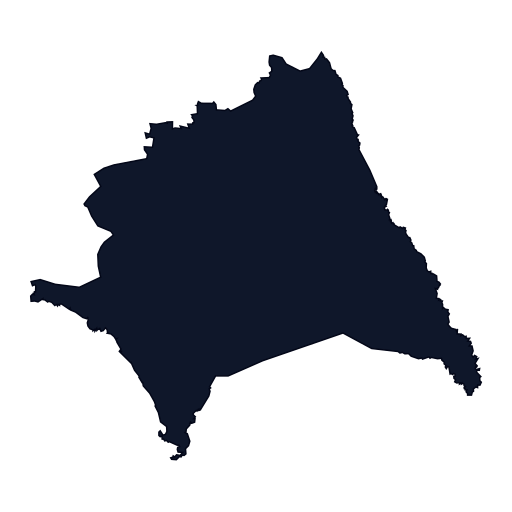 the district of Lanao del Sur, Lanao del Sur, Philippines
{"feature_id": "2640588B65127685102762", "entity_name": "Lanao del Sur", "entity_type": "district", "adm_level": 2, "iso_a3": "PHL", "parent_name": "Philippines", "parent_adm1": "Lanao del Sur", "projection": "natural_earth1", "projection_center": [124.133, 7.782], "detail": "fine", "context": "isolated", "style": "filled", "palette": "ink", "viewbox_px": 512, "rotation_deg": 0, "n_neighbors": 0, "source": "geoboundaries", "source_scale": "gbopen_adm2", "svg_char_len": 6023}
<svg xmlns="http://www.w3.org/2000/svg" viewBox="0 0 512 512"><path d="M329.5,62.7L326.5,58.9L324.9,59.0L324.6,57.2L322.8,57.0L323.5,55.4L321.4,52.3L317.4,58.8L309.6,68.6L300.1,71.1L286.1,64.0L282.0,57.7L273.2,55.2L269.7,56.0L269.1,62.0L269.6,65.2L271.6,67.5L271.8,71.3L269.4,72.9L270.5,75.2L269.3,77.6L261.0,78.0L261.6,79.1L261.1,80.5L259.6,81.1L259.0,83.0L257.6,82.6L255.3,84.9L253.8,89.3L254.1,92.5L255.7,96.1L252.6,100.2L230.6,111.1L227.9,108.7L225.0,110.5L216.4,109.9L215.9,104.6L213.8,102.0L212.6,103.4L201.3,103.3L198.4,101.6L197.6,103.7L197.9,105.1L196.5,105.4L197.2,105.8L197.5,113.7L191.6,114.7L192.5,115.8L192.0,117.5L193.8,119.8L194.1,122.6L192.7,122.9L192.6,124.2L187.8,124.1L189.3,128.3L180.2,126.1L181.3,128.6L175.0,128.0L172.4,128.9L172.5,121.8L167.0,122.0L167.2,123.2L165.6,122.7L156.5,124.3L150.0,123.7L151.2,128.4L149.6,134.2L145.2,132.9L146.4,138.2L149.7,136.8L154.0,137.9L152.5,147.3L144.3,146.8L144.5,149.8L147.6,154.3L146.7,158.7L114.1,164.9L104.0,168.2L94.3,174.4L100.8,186.4L89.5,196.9L84.1,204.0L85.0,205.7L87.8,207.0L91.7,216.1L97.9,225.9L110.9,231.3L113.5,235.0L104.4,242.2L101.1,246.8L97.8,254.4L98.3,266.1L100.7,277.2L79.3,287.3L55.2,284.3L40.2,279.6L31.1,281.6L32.5,285.7L35.1,284.6L35.8,286.5L35.5,291.9L34.4,291.8L34.2,293.3L33.5,293.4L34.2,294.7L32.4,294.3L30.7,296.1L31.1,301.3L34.7,301.0L38.0,301.9L42.9,298.6L42.9,299.6L44.9,299.9L47.7,302.0L48.8,301.3L51.8,302.3L54.8,305.5L56.3,304.4L57.5,305.9L57.9,304.5L59.5,305.3L59.4,304.3L61.4,303.9L69.4,309.3L70.1,308.1L70.6,310.0L75.6,312.1L82.9,317.5L86.6,318.7L88.2,316.9L87.4,318.2L88.3,319.7L87.3,322.9L88.0,326.1L90.0,328.8L93.0,329.9L93.0,330.7L94.7,329.4L94.9,331.1L96.7,328.4L96.9,330.4L97.9,329.3L99.3,329.3L99.5,327.6L101.0,331.3L103.2,330.6L105.4,327.9L107.1,329.6L107.5,332.3L108.4,331.6L107.2,333.2L110.9,333.9L114.0,336.5L115.6,339.0L116.7,338.7L115.9,339.6L117.1,342.1L118.1,341.9L117.1,342.5L121.0,349.1L119.6,351.0L122.2,351.4L120.0,352.1L130.7,362.7L130.7,361.5L134.6,370.3L139.2,376.1L138.9,377.2L142.5,383.2L142.0,382.3L142.7,382.4L143.3,385.9L149.7,393.2L154.4,401.6L155.7,405.3L155.1,406.0L158.4,412.5L160.6,421.9L166.6,426.5L166.9,431.4L165.5,434.3L163.0,435.2L160.2,430.8L158.9,432.1L158.9,435.5L160.2,436.7L161.9,436.1L162.2,439.1L163.7,439.1L164.7,440.9L166.5,440.4L168.2,442.2L169.5,441.7L177.2,445.2L179.0,445.2L179.6,446.6L177.7,447.4L177.3,449.4L178.1,452.1L182.8,452.4L180.1,455.4L176.6,454.8L174.7,457.0L173.2,455.9L172.8,457.2L170.7,457.8L171.6,459.3L176.3,459.7L179.4,456.6L181.1,456.9L182.2,455.2L184.1,455.4L185.9,453.9L185.5,448.7L188.5,445.7L189.8,441.2L187.3,433.7L185.0,432.5L186.0,431.7L186.3,428.9L189.7,425.2L190.5,421.9L191.2,422.4L190.4,423.0L191.6,423.3L194.6,422.2L195.0,418.7L193.7,418.7L195.3,416.8L193.2,414.7L193.2,413.4L196.2,410.4L197.0,411.1L198.2,409.4L198.8,410.5L200.3,409.9L200.2,408.9L200.8,409.1L208.8,396.0L210.0,391.3L209.2,388.8L210.6,387.9L209.5,386.8L215.6,375.9L228.2,375.9L262.7,360.7L343.0,333.0L371.7,348.5L398.1,351.5L399.9,353.0L402.5,352.4L404.8,353.8L408.6,353.6L411.2,356.2L418.5,358.7L421.8,358.0L422.5,359.1L428.9,356.9L430.0,358.2L431.4,357.4L437.5,358.7L441.5,358.3L441.9,360.2L444.3,362.2L444.1,363.8L446.0,365.4L445.3,367.0L446.3,368.6L447.6,366.5L448.9,366.9L450.1,374.0L450.9,373.5L452.6,374.5L453.7,373.5L455.1,374.3L455.2,376.1L453.8,376.3L454.0,378.4L455.6,379.7L454.7,381.8L456.6,382.9L459.9,382.8L459.6,384.0L461.7,382.9L461.6,384.0L462.6,383.4L464.0,384.1L464.1,385.7L465.3,386.5L464.1,387.6L464.3,388.6L465.1,388.7L465.2,389.9L466.9,389.8L466.1,391.8L467.6,393.5L467.6,395.1L471.5,395.1L472.3,392.0L473.5,391.3L473.4,388.8L475.9,387.0L477.6,387.6L477.7,385.1L480.0,385.1L481.3,382.2L479.8,380.7L479.7,377.5L480.8,376.6L476.5,372.1L477.0,370.2L479.3,370.3L479.6,368.6L476.1,369.6L475.2,368.4L475.6,366.5L476.5,367.1L477.2,365.9L475.0,363.4L478.0,358.5L475.5,359.2L476.7,356.6L474.5,355.4L473.1,357.3L471.6,355.0L473.1,350.9L472.0,346.0L469.2,345.9L471.2,343.2L470.5,341.4L467.7,341.1L469.6,338.3L466.2,338.4L466.1,336.3L464.8,336.7L462.6,334.8L460.8,335.7L461.1,334.1L457.1,333.9L457.5,329.0L456.3,330.9L455.5,329.4L451.4,328.3L449.3,326.2L447.8,324.1L449.1,322.1L447.9,316.4L449.3,313.9L447.8,312.0L448.1,309.7L445.3,309.2L443.5,307.6L442.5,308.6L442.6,304.3L441.8,302.7L442.4,301.0L440.4,300.8L440.7,299.7L440.0,299.3L438.7,300.0L438.9,298.6L436.3,298.3L437.1,293.5L435.3,288.5L437.4,289.2L437.2,288.2L438.4,287.9L439.4,285.2L440.2,285.8L439.7,284.9L440.4,284.0L438.9,282.1L437.0,281.4L436.6,275.9L433.3,273.9L432.3,274.1L432.0,273.3L430.7,273.5L430.7,271.3L429.0,271.9L427.4,271.0L426.2,268.0L426.4,263.5L424.7,261.9L425.3,260.9L424.3,257.2L420.9,253.8L416.7,251.7L416.3,250.4L414.1,248.8L413.7,245.7L412.6,245.7L411.8,242.9L410.3,241.6L410.9,240.1L409.8,237.6L408.5,237.5L406.1,234.1L405.5,232.3L406.0,230.6L404.9,229.4L405.4,228.0L403.3,227.3L402.7,228.4L400.1,226.9L399.2,227.8L394.3,224.9L394.0,223.8L393.3,224.1L393.0,222.7L391.6,223.3L391.5,222.0L390.6,221.6L391.3,220.8L390.9,219.5L389.5,219.8L389.8,218.2L388.6,214.8L389.4,212.5L388.5,212.1L388.3,210.1L387.5,209.4L387.1,210.2L384.7,209.7L384.4,207.2L386.1,206.3L385.4,205.7L386.4,204.6L387.4,199.3L386.5,198.8L386.1,199.7L385.3,198.8L384.6,199.6L382.9,197.0L381.9,196.6L381.6,197.4L380.4,195.2L381.3,195.1L380.7,193.7L378.6,194.6L378.5,193.5L376.8,193.2L377.3,192.3L376.7,191.7L376.5,193.0L375.6,192.3L375.9,191.5L375.0,191.8L374.6,190.1L375.3,188.5L375.8,189.7L376.8,189.1L376.8,186.7L369.8,170.2L358.8,149.4L359.3,147.9L358.7,145.7L359.6,145.1L359.9,143.0L358.2,141.6L358.1,139.5L357.3,139.5L356.5,137.4L358.5,135.0L357.4,134.7L354.2,127.7L352.3,126.7L352.7,125.5L351.9,125.1L352.3,124.2L351.6,123.4L352.7,121.8L352.2,120.7L353.1,120.1L352.2,118.7L353.0,115.8L352.0,113.5L352.7,112.7L351.1,108.8L351.9,104.6L350.4,103.3L350.5,102.1L348.1,98.6L348.0,97.1L347.1,96.9L346.6,95.4L348.1,94.5L347.1,91.3L342.8,87.3L343.0,85.6L341.9,84.5L342.4,83.4L340.5,78.2L337.8,76.9L337.9,75.5L336.0,74.3L334.9,70.6L333.0,70.5L331.1,68.8L329.5,62.7Z" fill="#0f172a" stroke="#020617" stroke-width="1.5"/></svg>